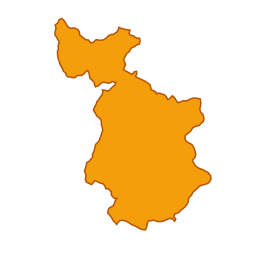 Paraisópolis, Minas Gerais, Brazil (Robinson projection), rotated 101°
{"feature_id": "56859067B39905941746650", "entity_name": "Paraisópolis", "entity_type": "district", "adm_level": 2, "iso_a3": "BRA", "parent_name": "Brazil", "parent_adm1": "Minas Gerais", "projection": "robinson", "projection_center": [-45.837, -22.581], "detail": "fine", "context": "isolated", "style": "filled", "palette": "amber", "viewbox_px": 256, "rotation_deg": 101, "n_neighbors": 0, "source": "geoboundaries", "source_scale": "gbopen_adm2", "svg_char_len": 3228}
<svg xmlns="http://www.w3.org/2000/svg" viewBox="0 0 256 256"><g transform="rotate(101 128 128)"><path d="M210.6,64.4L208.2,63.7L206.2,66.1L203.4,65.7L201.8,62.8L200.2,61.3L198.2,60.1L196.5,58.5L194.7,57.1L192.3,55.8L189.1,54.8L186.7,55.1L184.3,54.6L182.0,52.9L179.1,52.2L176.6,50.5L173.7,48.2L171.4,46.8L169.8,44.2L168.7,41.7L167.2,39.1L165.0,37.5L162.0,36.8L159.0,37.9L156.7,40.5L155.7,43.4L154.7,46.4L153.9,51.0L152.3,54.6L149.4,57.2L147.2,58.6L144.6,56.9L141.3,56.3L138.9,57.4L136.0,58.7L133.8,60.3L132.0,62.2L131.1,65.2L130.2,67.8L128.6,69.4L126.3,70.3L124.2,70.3L122.3,68.7L120.8,67.2L118.8,65.8L115.7,64.6L113.4,62.0L112.0,58.6L109.5,57.1L107.6,55.5L105.4,55.1L103.3,55.6L100.5,57.0L98.5,59.8L95.6,61.2L92.3,61.0L89.4,61.3L85.7,62.6L85.6,66.3L86.2,69.7L87.9,72.7L90.2,75.7L90.8,79.3L92.2,81.0L93.6,84.0L91.7,86.0L89.6,87.9L87.9,90.5L89.6,91.8L91.5,92.7L92.4,94.7L90.4,96.0L88.4,98.5L88.1,101.8L87.8,104.5L89.1,106.4L87.2,107.7L86.6,109.9L86.0,112.6L83.2,113.6L80.9,115.0L80.0,117.6L78.9,119.9L78.2,122.7L77.6,125.1L76.9,128.0L75.9,130.6L73.4,129.7L70.8,130.3L71.5,132.5L74.6,134.1L73.9,136.6L72.8,140.2L71.5,143.6L69.3,143.4L67.1,142.4L64.2,143.6L61.6,145.4L58.7,144.5L55.2,143.5L52.9,141.4L49.5,140.3L47.9,138.8L46.6,136.8L44.7,135.3L43.4,132.8L40.2,132.8L37.7,133.7L38.0,136.1L37.6,138.3L36.5,140.3L36.4,143.6L34.5,145.2L31.5,144.7L31.8,147.7L31.7,150.6L31.5,153.5L31.0,156.4L33.5,156.3L36.0,157.3L38.7,160.1L39.8,163.2L41.5,165.0L44.2,166.8L46.4,169.4L47.3,172.5L47.3,176.1L50.1,178.1L51.7,180.6L49.2,183.6L49.4,186.3L47.9,189.3L45.9,193.0L43.0,194.1L40.9,195.9L40.0,200.2L41.2,203.3L40.1,206.2L36.9,209.3L34.7,211.3L33.1,213.9L34.8,216.3L38.0,216.9L40.9,219.2L43.2,217.8L46.0,217.8L48.4,217.9L50.7,217.4L52.4,215.4L54.5,214.0L56.1,212.0L58.4,212.1L61.1,212.3L63.3,211.3L66.2,211.9L68.8,211.3L71.0,210.7L73.5,209.7L75.6,208.3L77.8,207.4L79.6,205.8L81.8,204.0L84.5,202.3L86.0,199.7L87.9,198.7L89.2,197.0L89.0,194.7L89.2,192.0L88.5,189.6L86.1,187.6L85.4,183.8L83.4,181.6L81.1,180.4L79.2,178.6L80.9,177.0L83.4,176.1L86.5,174.8L88.2,172.0L89.6,170.0L91.8,169.1L93.8,167.9L92.1,165.0L89.6,163.4L87.8,161.5L87.8,157.7L87.5,154.8L85.5,152.4L85.6,148.7L88.2,149.0L91.0,151.3L93.3,152.8L95.3,154.2L95.4,157.4L95.4,160.3L97.8,159.5L100.6,159.9L103.1,161.2L106.1,162.4L108.0,163.5L110.7,163.8L113.7,164.8L116.9,165.4L119.7,163.0L122.3,160.7L123.9,157.7L125.4,155.8L128.0,155.2L130.2,154.6L132.3,153.4L135.5,152.3L138.7,152.9L141.9,153.3L144.2,153.7L146.2,153.9L148.3,155.3L150.2,156.6L152.3,156.8L154.5,156.8L157.5,157.0L160.5,157.9L163.4,157.2L166.2,158.8L168.1,159.8L169.7,161.8L172.5,161.9L175.9,162.1L179.0,162.4L181.8,160.4L184.7,160.0L186.8,160.0L189.1,158.5L190.5,152.9L185.9,150.4L187.3,145.1L187.6,141.5L190.0,139.2L191.9,138.2L191.5,135.7L193.7,132.3L197.1,131.5L199.6,128.2L199.4,125.5L202.1,126.7L205.4,127.1L207.6,128.0L210.1,131.1L212.2,131.8L215.2,131.7L218.1,128.1L222.0,124.5L224.8,120.6L222.2,119.6L220.3,118.1L219.6,114.9L219.9,111.7L220.9,108.9L222.3,105.5L223.0,101.5L224.0,98.9L224.6,96.5L225.0,93.8L224.5,91.4L221.7,90.8L218.0,90.8L215.4,90.3L214.6,87.9L213.5,85.1L214.2,81.6L213.7,78.2L212.3,75.1L211.1,73.1L208.9,70.3L208.6,67.1L210.6,64.4Z" fill="#f59e0b" stroke="#b45309" stroke-width="1.5"/></g></svg>